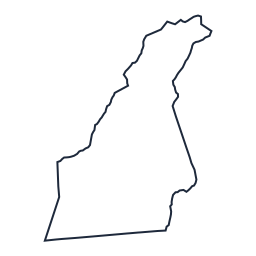 Bezerros, Pernambuco, Brazil, rotated 179°
{"feature_id": "56859067B40256242933504", "entity_name": "Bezerros", "entity_type": "district", "adm_level": 2, "iso_a3": "BRA", "parent_name": "Brazil", "parent_adm1": "Pernambuco", "projection": "equal_earth", "projection_center": [-35.81, -8.245], "detail": "fine", "context": "isolated", "style": "outline", "palette": "slate", "viewbox_px": 256, "rotation_deg": 179, "n_neighbors": 0, "source": "geoboundaries", "source_scale": "gbopen_adm2", "svg_char_len": 1861}
<svg xmlns="http://www.w3.org/2000/svg" viewBox="0 0 256 256"><g transform="rotate(179 128 128)"><path d="M53.1,238.2L56.0,239.2L58.6,238.6L60.5,238.0L62.2,236.9L64.5,235.5L66.6,234.1L69.1,232.9L71.4,233.6L73.3,235.2L79.1,230.9L82.1,231.9L86.9,233.7L88.7,231.5L91.2,228.4L93.3,225.9L108.1,219.9L110.3,216.4L111.2,213.9L111.1,209.8L111.9,207.4L112.9,205.4L113.4,202.4L115.1,200.4L116.5,197.7L117.9,195.0L119.9,193.2L122.4,192.9L123.9,190.5L127.0,187.1L129.5,184.7L131.3,181.4L129.5,178.8L128.1,176.5L128.0,172.7L127.2,170.3L139.0,164.2L140.7,163.3L141.7,160.7L143.0,159.0L144.2,156.6L144.7,154.3L146.2,151.5L148.5,150.2L149.6,147.1L150.2,144.5L151.7,142.8L153.0,140.8L154.1,139.0L155.7,137.3L157.2,134.8L159.0,132.5L160.8,131.6L161.2,129.1L161.6,126.5L162.8,124.8L164.2,122.2L166.3,111.6L168.1,109.4L170.8,108.3L173.6,106.3L175.5,106.1L177.2,105.4L179.3,103.0L182.4,101.2L185.4,100.3L187.3,99.9L189.6,99.7L192.4,99.6L194.3,98.2L196.2,96.2L199.2,95.2L198.7,70.8L198.3,64.8L198.0,60.2L213.1,16.8L201.7,17.8L196.1,18.2L182.3,19.0L161.6,20.4L130.2,22.6L128.5,22.7L119.7,23.3L117.6,23.4L100.4,24.5L92.2,24.8L91.1,28.7L89.0,30.2L88.2,33.9L87.3,37.5L86.6,40.7L86.3,43.8L87.2,49.0L85.6,50.8L85.7,53.2L85.1,56.7L84.1,60.3L81.6,62.9L79.5,63.0L77.5,64.6L73.6,65.1L70.7,63.2L68.7,64.7L66.7,66.6L64.9,68.7L63.0,69.3L61.4,71.9L60.5,75.2L62.2,85.1L65.2,91.8L66.8,97.6L67.5,99.8L70.0,107.5L72.5,115.4L80.0,139.0L83.0,149.2L81.3,153.3L79.2,155.9L77.4,158.3L77.5,161.1L79.3,162.6L80.2,165.7L80.5,168.1L81.9,170.5L82.3,174.2L80.5,176.1L79.2,178.0L78.2,179.9L76.6,182.3L74.0,185.4L72.2,187.6L70.6,190.9L69.2,193.9L67.2,196.3L65.9,198.9L64.3,202.2L63.6,204.6L62.8,206.8L62.3,209.2L61.1,211.4L58.7,212.8L56.0,213.2L53.6,214.2L51.4,215.1L49.2,217.1L46.8,218.0L44.8,218.8L44.0,220.9L42.9,223.5L53.0,230.5L53.0,235.1L53.1,238.2Z" fill="none" stroke="#1e293b" stroke-width="2"/></g></svg>